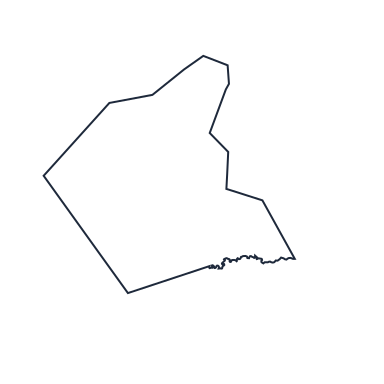 Kainanatu District, Eastern Highlands, Papua New Guinea, rotated 132°
{"feature_id": "67681753B29556691348440", "entity_name": "Kainanatu District", "entity_type": "district", "adm_level": 2, "iso_a3": "PNG", "parent_name": "Papua New Guinea", "parent_adm1": "Eastern Highlands", "projection": "mercator", "projection_center": [145.899, -6.248], "detail": "fine", "context": "isolated", "style": "outline", "palette": "slate", "viewbox_px": 384, "rotation_deg": 132, "n_neighbors": 0, "source": "geoboundaries", "source_scale": "gbopen_adm2", "svg_char_len": 1813}
<svg xmlns="http://www.w3.org/2000/svg" viewBox="0 0 384 384"><g transform="rotate(132 192 192)"><path d="M74.0,250.3L83.3,274.7L106.2,279.9L146.3,286.4L181.1,313.0L279.2,313.1L299.0,222.5L310.0,172.0L235.7,129.6L236.3,129.4L236.8,128.0L236.3,127.6L235.7,127.6L235.3,127.2L235.0,126.5L234.6,126.1L234.1,126.1L233.6,126.7L233.6,127.5L233.4,128.0L233.0,128.0L232.7,127.7L232.5,127.0L232.6,125.8L233.2,125.2L233.4,124.4L232.7,123.8L231.8,123.8L230.9,124.2L229.9,124.1L229.4,123.4L229.4,122.3L229.9,121.6L231.1,121.0L229.6,119.7L229.4,119.1L228.9,118.6L228.5,118.6L226.8,119.5L226.2,119.5L225.5,119.2L224.6,119.2L224.1,119.9L224.5,120.5L225.3,120.8L225.4,121.0L225.4,121.5L225.0,122.0L224.0,122.0L221.0,121.7L220.7,121.9L220.7,123.1L220.2,123.2L218.9,122.5L218.3,122.3L217.9,121.8L217.6,120.4L217.1,119.8L217.0,118.9L218.3,117.7L218.5,117.1L218.4,116.8L218.0,116.4L217.2,116.5L216.3,116.9L215.4,116.4L214.3,115.2L213.6,114.0L213.6,112.5L213.3,112.5L211.9,113.7L211.1,113.8L210.6,113.7L210.6,112.3L209.8,111.6L209.0,111.5L207.4,112.1L207.0,111.7L205.5,111.2L203.7,109.4L203.2,107.9L204.0,106.6L203.0,105.3L201.9,105.8L200.8,105.9L200.2,105.3L199.9,103.6L199.4,102.7L199.4,101.7L198.6,101.3L197.1,102.5L197.1,99.8L198.1,99.6L198.5,99.0L198.1,98.7L197.2,98.4L196.7,98.0L196.6,97.9L195.1,95.6L195.2,95.0L195.7,94.4L196.8,94.4L197.6,93.5L197.6,92.8L197.3,91.2L195.6,91.0L193.5,88.6L192.2,88.1L191.4,87.3L191.2,86.2L190.6,85.0L189.7,84.2L189.0,83.9L186.8,83.9L186.0,82.7L185.6,82.4L183.2,81.9L182.4,81.9L181.1,81.9L180.7,81.0L180.1,79.8L180.0,79.6L179.8,77.9L179.0,76.6L177.6,76.4L176.6,76.0L176.2,75.8L175.4,75.0L175.0,74.6L174.1,72.2L172.9,70.9L151.1,134.1L158.2,149.8L162.2,158.7L166.7,168.5L155.2,177.8L138.0,191.9L136.3,218.3L93.1,235.5L86.9,236.9L74.0,250.3Z" fill="none" stroke="#1e293b" stroke-width="2"/></g></svg>